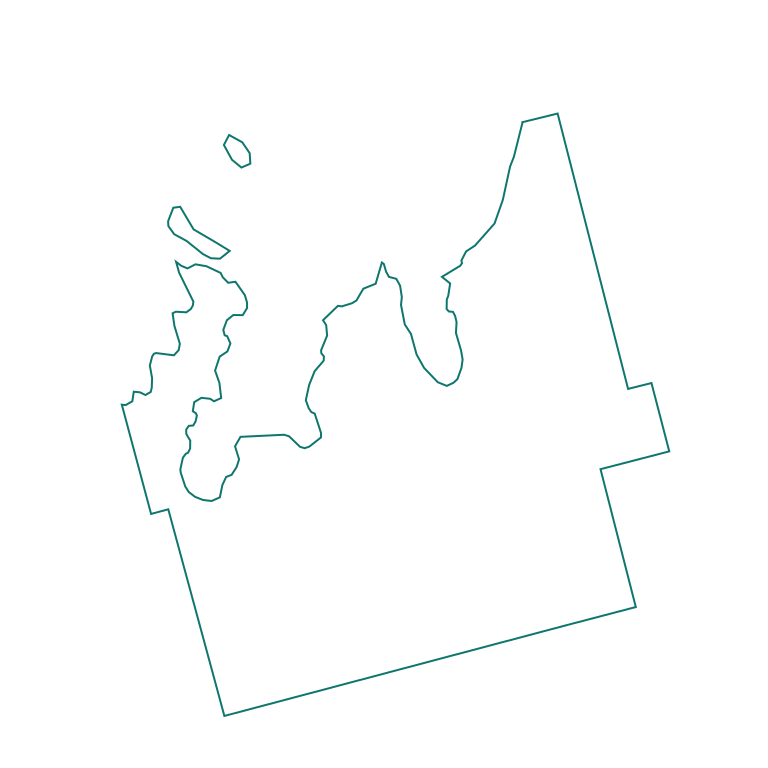 Delta, Michigan, United States of America, rotated 165°
{"feature_id": "52423323B33071012110006", "entity_name": "Delta", "entity_type": "district", "adm_level": 2, "iso_a3": "USA", "parent_name": "United States of America", "parent_adm1": "Michigan", "projection": "albers", "projection_center": [-86.773, 45.817], "detail": "fine", "context": "isolated", "style": "outline", "palette": "teal", "viewbox_px": 768, "rotation_deg": 165, "n_neighbors": 0, "source": "geoboundaries", "source_scale": "gbopen_adm2", "svg_char_len": 2316}
<svg xmlns="http://www.w3.org/2000/svg" viewBox="0 0 768 768"><g transform="rotate(165 384 384)"><path d="M182.6,601.1L183.0,599.9L199.7,569.9L206.0,561.3L221.5,531.2L235.7,510.4L260.2,494.2L270.4,490.8L277.3,483.2L277.4,480.5L279.7,478.5L300.3,472.5L294.1,464.0L299.1,452.6L301.5,449.3L304.1,440.2L302.6,437.3L298.7,435.8L297.7,431.3L297.9,425.0L301.3,414.7L300.9,396.4L301.7,387.4L304.9,379.7L311.8,369.7L316.6,367.2L323.8,365.9L331.6,371.8L341.1,389.1L344.9,404.1L345.0,425.4L348.5,436.1L347.1,456.0L344.3,463.3L343.0,474.8L344.9,482.4L351.5,486.2L352.9,491.9L353.1,500.0L354.6,501.9L366.1,483.0L379.3,481.4L389.0,471.8L394.0,470.3L404.6,469.9L408.3,471.4L426.4,461.4L424.6,455.9L426.4,445.5L436.0,432.9L436.6,430.0L434.9,426.1L436.2,422.2L447.7,414.3L456.6,402.4L463.7,388.6L463.0,380.2L461.5,375.7L458.6,373.4L457.5,353.2L458.7,348.7L472.2,342.9L477.2,342.5L481.3,345.0L489.2,358.0L493.5,360.8L536.3,370.1L544.0,362.4L543.5,348.7L547.8,342.0L554.7,335.7L560.5,335.1L566.3,328.2L571.9,317.0L580.7,315.6L588.8,318.8L595.7,323.9L600.5,330.1L602.5,336.4L603.3,351.1L602.8,354.3L597.3,364.9L593.5,367.9L591.1,368.3L588.0,371.8L585.8,379.5L587.9,386.7L586.9,391.1L583.4,394.1L579.0,393.3L575.7,396.6L572.9,402.0L573.3,404.5L575.7,407.2L572.0,415.6L563.9,417.9L555.7,414.7L552.7,411.3L544.9,412.6L542.7,427.7L543.7,440.7L535.6,453.0L526.8,456.0L521.9,462.9L523.1,470.8L525.3,472.3L525.2,477.9L519.2,486.3L511.8,489.6L502.6,487.1L496.6,492.8L495.2,498.2L495.4,505.8L501.0,521.2L508.3,522.1L512.1,528.8L513.0,533.5L525.0,543.7L535.2,548.4L543.9,546.5L549.2,550.6L553.2,555.8L553.1,544.6L546.8,512.9L548.4,509.2L551.1,506.5L556.3,504.4L566.4,507.7L569.9,507.0L571.4,494.3L570.8,475.6L573.6,469.8L579.5,466.1L596.2,472.9L598.5,472.7L600.8,470.6L605.4,462.5L606.5,449.6L609.3,440.5L611.4,436.7L617.3,435.1L621.8,439.1L627.7,441.3L631.6,432.4L639.0,430.5L642.6,431.9L642.6,318.8L624.8,318.8L624.1,104.7L553.1,104.5L269.5,103.8L198.5,103.4L196.9,245.7L125.9,245.1L125.4,315.7L149.5,316.1L146.3,600.3L182.6,601.1ZM510.0,547.5L498.6,552.5L510.4,564.9L527.9,582.6L535.0,607.9L541.9,608.8L550.4,597.1L551.4,592.3L547.9,583.0L537.7,573.3L525.3,556.4L518.7,550.3L510.0,547.5ZM456.1,631.4L454.0,641.7L458.3,654.1L469.2,664.6L476.8,656.3L472.8,639.9L465.7,630.0L456.1,631.4Z" fill="none" stroke="#0f766e" stroke-width="2"/></g></svg>